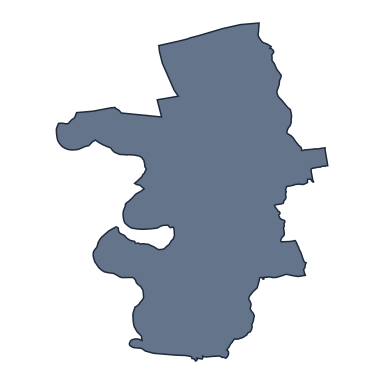 Ploscuteni, Vrancea, Romania (Robinson projection)
{"feature_id": "2599482B48240980122833", "entity_name": "Ploscuteni", "entity_type": "district", "adm_level": 2, "iso_a3": "ROU", "parent_name": "Romania", "parent_adm1": "Vrancea", "projection": "robinson", "projection_center": [27.264, 46.078], "detail": "fine", "context": "isolated", "style": "filled", "palette": "slate", "viewbox_px": 384, "rotation_deg": 0, "n_neighbors": 0, "source": "geoboundaries", "source_scale": "gbopen_adm2", "svg_char_len": 6037}
<svg xmlns="http://www.w3.org/2000/svg" viewBox="0 0 384 384"><path d="M287.6,107.4L281.4,99.8L280.2,98.7L278.2,96.4L277.6,95.1L277.0,92.9L276.9,91.3L277.3,90.0L279.0,85.3L279.4,82.5L279.5,80.6L280.5,78.6L281.1,76.4L281.2,75.3L277.0,69.6L276.0,67.6L274.3,63.6L271.9,60.3L272.1,58.1L271.8,54.8L273.6,52.6L273.7,51.5L273.3,50.4L271.8,49.0L271.1,48.5L269.8,48.2L271.2,46.6L267.5,44.2L263.4,42.6L262.0,41.8L260.0,39.0L258.5,36.5L258.1,35.2L258.1,34.1L258.5,31.5L259.1,23.0L240.4,24.6L222.6,28.6L198.1,35.8L190.1,37.9L187.0,39.1L177.6,41.4L158.7,45.6L159.0,46.9L159.4,51.1L159.9,53.4L162.3,63.1L174.1,90.0L175.2,91.7L178.3,96.2L157.2,99.8L161.6,117.0L121.3,113.0L118.8,110.1L116.0,108.7L115.1,107.5L114.5,107.4L113.0,107.7L112.4,107.8L112.0,107.6L93.0,111.2L76.6,112.6L74.6,117.7L71.1,120.3L69.0,122.8L68.3,123.5L66.1,123.8L61.9,123.1L58.5,123.4L58.2,124.1L58.0,124.9L56.8,127.6L56.3,129.4L56.5,133.5L57.2,138.4L57.9,140.8L58.4,141.6L59.1,142.9L60.7,145.0L62.8,147.0L66.1,148.8L68.8,149.6L72.3,150.0L77.3,149.6L78.9,149.2L84.3,146.8L86.3,146.2L88.7,145.7L92.2,142.0L95.4,140.1L98.9,142.5L102.6,144.6L107.1,146.6L110.3,147.7L111.1,148.4L112.3,150.1L113.8,151.7L114.5,152.2L118.3,153.9L120.0,154.5L124.3,154.6L126.3,155.0L128.5,154.7L133.9,155.0L139.3,156.0L141.6,157.4L142.1,158.0L142.8,159.1L143.7,160.0L143.9,160.4L144.1,161.6L144.4,162.8L144.7,164.4L144.9,166.8L146.0,168.3L146.3,169.1L145.0,171.5L144.6,173.0L143.1,174.3L141.7,176.9L137.3,181.1L134.6,183.3L135.8,184.1L137.2,184.7L139.8,185.1L144.1,188.8L140.7,191.4L136.6,193.6L135.3,194.5L133.3,197.0L128.5,201.5L126.2,203.1L125.3,204.5L125.4,205.0L125.5,205.6L123.5,210.6L123.1,213.1L123.1,216.0L123.3,217.5L123.8,220.1L124.6,222.4L125.2,223.3L127.5,225.4L130.1,227.3L131.0,227.8L132.2,228.2L137.4,229.0L143.2,229.3L151.2,228.8L156.2,228.2L157.5,228.0L159.7,226.6L162.6,225.5L165.6,225.2L168.1,225.3L169.3,226.9L170.6,227.7L172.1,227.3L172.9,226.9L173.3,227.3L173.9,228.7L174.1,229.7L174.4,235.3L174.3,236.1L173.0,239.3L171.4,240.6L169.4,244.2L167.9,245.5L166.5,246.4L166.2,246.9L164.7,248.3L163.8,248.9L162.7,249.3L158.7,249.6L158.0,249.4L156.8,248.7L153.9,246.8L150.4,245.3L148.4,244.3L142.8,243.7L141.2,244.0L139.9,243.9L138.8,243.1L136.0,243.3L135.2,243.0L134.7,241.4L130.3,240.4L127.0,238.4L125.1,236.2L123.7,235.0L122.1,234.4L119.9,233.2L119.1,232.2L118.6,231.0L118.3,228.4L118.0,227.8L117.4,227.3L116.5,227.0L115.7,227.0L108.7,231.0L101.7,237.1L99.8,239.5L97.9,243.1L97.6,244.7L96.9,247.0L96.2,248.0L94.8,249.6L93.5,251.7L93.2,253.7L93.2,256.1L93.7,258.2L94.8,261.7L95.2,262.5L95.6,262.9L98.7,267.5L101.5,270.1L104.3,271.8L108.7,272.8L113.3,273.3L117.6,275.5L119.1,276.6L121.8,277.6L131.2,277.5L132.0,277.4L133.5,277.8L134.2,278.4L135.4,280.0L136.0,281.6L136.4,282.8L138.0,284.4L140.8,286.7L143.0,290.4L143.6,296.9L143.6,297.5L143.2,298.6L142.0,300.3L139.8,302.9L139.2,304.0L137.2,305.8L136.2,306.5L135.1,307.0L133.8,310.8L133.0,313.7L132.9,315.1L133.2,321.1L133.8,325.1L134.4,327.1L135.2,328.3L135.7,329.4L136.6,330.9L137.4,332.1L141.4,336.0L141.6,338.3L142.0,340.4L139.4,339.4L138.0,339.0L135.8,338.9L134.6,339.0L132.5,339.6L131.4,340.1L130.1,341.5L129.3,343.9L129.7,345.2L130.6,346.0L131.7,346.5L132.3,347.2L133.8,347.6L141.7,348.4L145.3,351.0L153.6,353.3L175.2,355.1L185.6,355.5L189.9,356.3L191.0,356.6L191.8,357.1L191.9,357.5L191.8,358.2L192.0,358.6L193.1,358.7L194.5,359.1L195.5,361.0L196.7,360.4L197.2,359.7L197.4,359.2L196.9,358.2L202.2,359.0L202.9,357.6L202.7,356.1L204.0,356.7L206.0,357.0L212.4,356.4L219.5,356.0L220.7,356.5L221.7,357.3L223.9,357.4L225.9,358.2L227.4,356.7L227.7,356.1L228.3,354.9L228.6,353.5L228.5,351.9L228.3,351.5L227.7,350.6L226.7,349.9L228.8,347.3L230.7,343.8L232.3,342.1L233.2,340.5L234.5,338.9L235.6,339.1L238.0,339.1L242.8,337.5L246.8,334.9L247.9,332.9L250.1,332.0L250.5,331.5L251.5,329.6L252.0,327.7L252.2,326.3L251.6,324.7L252.5,323.3L253.3,320.9L254.3,315.8L253.3,313.4L251.3,310.9L250.4,309.3L250.3,308.3L250.9,305.5L251.1,304.1L249.8,300.8L249.2,300.1L248.7,298.6L249.4,296.3L250.4,295.0L253.1,291.6L257.2,287.8L259.3,280.3L259.5,278.3L259.8,277.9L260.3,277.5L261.0,277.3L261.7,277.5L263.1,279.2L263.7,279.2L264.0,278.8L263.4,277.6L265.4,277.1L265.6,277.3L266.5,277.4L268.4,276.9L271.1,277.2L272.9,277.6L276.5,277.4L283.3,275.3L285.1,274.5L286.0,274.4L288.3,274.6L291.8,275.5L298.0,276.5L303.2,275.7L303.7,275.3L304.3,275.6L305.4,275.3L305.4,274.9L304.6,273.5L303.6,269.5L304.4,268.5L304.8,267.7L305.1,266.3L305.2,265.2L306.1,262.6L304.8,262.4L304.3,262.1L302.7,258.0L300.9,252.6L299.0,248.8L298.4,246.8L297.4,245.0L296.2,242.1L295.2,240.6L294.3,240.6L292.9,241.1L289.3,241.5L281.2,241.8L280.9,241.5L280.8,240.2L281.0,239.3L281.5,238.3L282.0,237.4L283.9,235.6L284.2,234.8L284.3,232.9L283.6,228.4L283.5,227.5L284.4,226.0L283.8,223.7L284.7,222.6L284.9,221.1L284.3,220.3L282.8,220.0L280.0,218.4L279.5,217.1L278.8,216.0L278.8,214.9L279.7,214.1L280.0,213.2L279.9,212.5L279.3,211.8L277.8,210.8L277.1,209.6L275.2,207.1L274.5,205.6L274.7,205.2L275.7,204.8L281.4,203.9L282.8,203.5L283.4,203.1L283.6,202.3L283.6,201.3L283.8,200.9L284.6,200.2L285.6,198.9L285.9,198.0L286.0,196.9L285.5,193.9L285.7,193.2L286.2,192.2L286.3,191.6L286.2,191.2L285.6,190.4L285.5,190.0L286.6,186.5L290.8,185.8L294.2,185.0L295.1,184.5L296.3,184.4L299.0,184.1L301.1,184.3L301.6,184.5L303.7,184.4L307.3,182.7L307.5,182.3L307.5,179.7L307.7,179.2L310.6,179.2L312.0,181.2L312.9,182.0L313.4,182.1L313.6,181.9L313.6,181.6L313.1,180.9L312.5,180.6L312.8,180.2L312.4,179.8L312.6,179.0L311.3,172.2L311.0,169.5L311.3,168.9L313.1,168.1L313.9,168.1L318.2,167.2L320.5,167.1L321.0,166.7L322.7,166.2L325.5,166.1L326.0,165.7L327.7,165.8L327.4,163.3L325.2,150.6L325.0,149.3L325.2,147.9L320.4,148.4L318.1,149.0L315.6,148.8L310.9,149.4L304.7,149.9L301.7,150.6L301.6,150.3L301.4,148.4L300.9,147.3L298.6,145.2L295.3,141.1L293.2,137.9L291.3,136.0L289.8,135.0L288.4,134.2L287.1,133.3L286.9,132.9L286.9,132.2L287.4,129.8L288.2,128.1L290.2,125.5L291.1,122.9L291.2,121.8L291.1,120.4L291.6,115.9L291.5,115.1L290.5,110.0L289.9,109.2L287.6,107.4Z" fill="#64748b" stroke="#1e293b" stroke-width="1.5"/></svg>